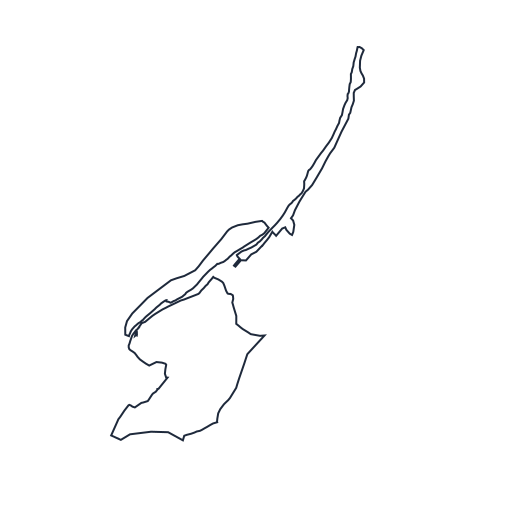 Kum Umbu, Aswan, Egypt (Natural Earth projection), rotated 36°
{"feature_id": "37247803B5042289926655", "entity_name": "Kum Umbu", "entity_type": "district", "adm_level": 2, "iso_a3": "EGY", "parent_name": "Egypt", "parent_adm1": "Aswan", "projection": "natural_earth1", "projection_center": [32.92, 24.62], "detail": "fine", "context": "isolated", "style": "outline", "palette": "slate", "viewbox_px": 512, "rotation_deg": 36, "n_neighbors": 0, "source": "geoboundaries", "source_scale": "gbopen_adm2", "svg_char_len": 5791}
<svg xmlns="http://www.w3.org/2000/svg" viewBox="0 0 512 512"><g transform="rotate(36 256 256)"><path d="M244.3,486.3L254.7,484.2L254.9,483.8L258.9,474.3L273.8,460.4L274.3,459.9L288.5,450.2L305.2,448.1L303.6,443.6L305.1,441.4L308.0,437.9L310.0,435.0L311.2,432.8L313.4,430.4L314.4,428.5L315.8,425.3L316.8,423.2L318.5,419.2L319.7,416.7L322.3,413.3L321.8,412.9L321.3,412.0L320.3,410.3L317.9,405.5L317.2,401.5L317.1,401.0L317.2,394.9L317.4,393.5L318.1,389.6L318.2,389.3L318.4,386.3L317.7,377.0L317.5,374.3L316.3,371.0L316.1,370.4L314.2,364.6L311.3,355.1L309.8,350.2L306.8,340.9L306.7,340.4L308.7,323.0L309.6,315.3L306.2,318.2L297.7,322.3L294.6,322.4L288.1,322.9L285.3,322.8L282.9,322.6L279.9,322.5L277.7,319.4L275.6,316.5L275.2,316.0L272.0,313.6L267.9,310.5L265.8,308.8L264.2,307.6L262.8,304.1L260.9,301.9L260.2,301.4L258.1,301.6L257.8,301.6L256.7,302.4L255.3,303.0L255.0,303.0L253.5,302.3L252.1,301.6L249.7,299.9L248.3,298.9L248.1,298.8L247.7,298.5L245.7,297.3L245.4,297.1L244.1,296.9L243.9,296.8L243.3,296.8L239.3,297.1L234.7,298.2L233.8,298.0L233.7,298.0L233.6,300.8L233.4,302.8L233.2,305.2L233.4,307.4L232.8,309.7L232.6,312.7L232.0,316.0L232.0,319.1L231.7,320.5L229.8,323.5L225.4,330.3L223.3,333.6L221.3,336.2L219.0,340.5L216.4,345.3L214.6,348.6L213.5,350.9L211.8,354.1L208.5,362.1L207.4,365.2L206.2,369.8L205.0,374.5L203.0,377.5L203.1,383.0L203.3,382.9L203.3,383.6L202.9,385.8L202.9,386.8L203.4,386.8L204.2,387.4L205.0,388.5L205.9,389.6L206.2,390.3L205.7,390.3L205.3,390.6L205.2,391.2L205.1,391.6L204.9,391.1L204.7,390.4L204.4,389.4L203.8,388.7L203.3,388.0L202.6,387.6L202.6,388.7L202.5,390.9L202.7,393.7L203.5,396.2L204.2,398.6L205.1,401.1L205.6,403.2L206.7,404.7L208.2,405.8L209.7,406.0L212.4,405.8L214.9,405.8L217.7,406.6L219.4,407.2L222.8,407.9L226.5,407.9L230.3,407.8L233.9,407.4L234.0,407.4L237.8,400.3L242.5,397.6L246.1,396.4L247.3,396.8L249.2,400.8L251.5,404.8L254.7,407.1L255.9,406.4L255.2,420.7L254.4,421.6L254.8,422.0L254.7,424.7L253.5,427.8L253.4,429.1L253.4,429.5L253.7,435.2L253.7,437.0L250.8,440.9L249.6,442.2L247.0,449.7L244.6,450.5L242.6,450.5L241.0,450.9L240.6,451.8L240.4,458.4L240.7,465.9L240.6,469.0L241.0,470.7L244.3,486.3ZM241.2,224.2L240.4,224.0L240.0,224.3L235.5,228.7L230.2,234.8L226.5,238.3L223.2,241.8L219.9,247.0L218.6,250.5L218.2,253.1L218.0,262.8L216.9,275.1L216.4,282.6L215.8,290.6L215.7,298.0L215.2,303.3L209.7,314.3L204.8,320.8L201.5,325.6L197.6,338.3L192.9,353.7L191.5,363.3L189.7,375.2L189.9,384.5L192.2,390.7L194.5,393.8L196.5,396.5L199.7,395.7L200.3,395.5L200.0,394.9L199.7,393.5L199.3,391.6L199.0,390.6L198.9,388.9L198.9,387.5L199.1,385.7L199.2,384.3L199.6,383.0L199.9,381.5L200.4,379.4L201.2,377.7L201.5,376.3L201.7,375.1L201.9,374.8L202.1,374.3L202.2,372.8L202.5,370.4L202.9,368.6L203.4,366.7L204.0,364.4L204.8,360.8L205.4,358.2L205.4,357.8L205.7,356.1L206.8,352.1L207.1,350.1L208.2,346.9L208.8,345.4L209.1,344.8L209.5,344.4L209.8,345.1L210.2,345.4L211.0,345.1L211.8,344.6L212.4,344.4L213.3,344.2L214.2,344.1L214.9,343.1L215.9,340.8L216.9,339.4L217.7,337.3L220.2,332.4L220.7,330.3L221.2,328.5L221.1,326.9L221.5,325.5L222.1,324.0L223.2,321.6L224.0,319.3L225.0,313.7L225.1,311.2L225.4,306.1L225.5,303.8L226.2,298.9L226.5,296.8L227.0,294.2L227.6,292.4L228.3,289.8L228.9,287.9L229.3,285.1L229.8,284.9L230.5,284.1L231.6,282.1L233.1,280.0L233.8,278.0L234.2,276.4L234.7,275.0L235.1,271.8L235.6,270.2L235.9,268.4L236.2,266.9L236.6,265.4L237.5,263.5L239.1,259.7L240.3,257.0L240.8,255.4L241.6,253.4L243.6,248.4L245.4,244.3L246.3,242.1L247.1,239.4L247.5,237.2L248.6,235.1L249.3,232.8L249.5,227.9L249.6,225.7L246.8,225.1L243.2,224.0L241.2,224.2ZM215.4,27.2L215.7,28.0L216.9,30.6L217.8,33.1L219.3,36.2L220.1,38.8L220.7,40.4L221.2,41.9L222.3,43.8L223.1,45.2L223.6,46.8L224.0,48.2L224.8,49.7L225.5,51.2L225.8,53.0L227.3,55.0L228.7,56.9L229.4,58.0L230.4,59.6L230.8,61.9L232.0,64.1L233.4,66.5L234.6,68.4L235.1,70.2L235.0,71.1L236.0,72.8L237.4,74.4L237.8,75.4L238.2,76.3L238.4,79.3L238.9,81.9L240.0,85.8L241.4,88.7L242.7,91.5L242.9,94.8L243.9,97.3L245.0,99.6L245.4,102.8L246.2,106.6L246.5,108.9L247.2,112.0L248.0,116.0L248.1,117.9L248.3,121.5L248.2,126.0L248.3,131.3L248.1,134.7L248.1,143.0L248.4,145.3L248.5,145.9L248.7,147.8L248.9,150.0L248.9,152.2L248.8,154.1L248.3,155.3L248.3,156.6L249.4,159.5L250.0,161.1L250.5,163.1L250.9,165.8L251.0,167.2L251.5,167.9L252.5,169.1L253.2,170.1L253.4,170.4L255.1,173.1L255.7,175.7L256.0,178.3L255.5,180.4L255.4,181.7L254.8,183.8L254.6,186.0L254.2,187.8L253.6,189.7L253.7,191.1L253.6,192.4L253.0,194.4L252.8,196.0L253.0,198.5L253.4,201.5L253.7,203.9L253.9,207.4L253.9,211.8L253.7,215.0L253.6,216.7L253.2,220.2L252.7,223.3L252.3,226.2L252.0,228.2L251.9,229.0L251.7,231.8L251.6,234.6L251.3,235.9L251.0,237.3L250.9,239.5L250.8,239.9L250.5,242.0L250.2,242.7L249.8,243.9L249.7,244.1L249.6,246.6L248.3,249.5L247.3,251.8L245.7,254.5L244.3,257.1L243.0,258.6L241.6,261.0L240.3,265.3L239.9,266.5L240.0,266.6L241.4,267.3L242.3,267.5L244.4,267.9L244.3,268.2L244.3,268.7L243.8,275.4L243.8,276.7L245.6,276.7L246.3,268.3L250.5,265.5L251.2,257.5L253.8,252.4L254.9,244.1L255.1,244.1L255.2,240.3L255.5,236.5L255.6,232.9L255.2,229.0L255.0,226.8L255.6,227.0L260.1,227.7L260.4,227.8L261.0,219.2L261.0,218.5L262.8,215.6L265.2,217.0L270.2,218.1L272.8,217.8L272.0,214.6L268.7,208.3L265.2,205.5L262.1,204.9L262.1,201.4L260.6,196.1L259.2,186.8L258.9,183.3L258.3,174.9L259.1,171.8L259.7,165.6L259.0,157.3L258.0,147.1L258.0,146.7L256.6,138.7L255.9,133.0L255.6,129.4L255.7,122.4L254.3,115.8L252.1,105.1L250.0,90.6L248.1,87.0L248.1,84.8L245.8,79.5L245.1,76.4L243.9,72.8L241.2,69.3L239.2,66.6L238.5,63.5L239.3,61.7L241.0,57.4L241.5,52.1L239.2,49.0L236.4,47.2L234.0,46.2L231.7,44.9L229.3,42.6L225.4,36.8L223.5,32.0L222.3,26.8L222.1,26.1L219.2,25.7L218.4,25.9L218.0,25.9L216.8,26.1L216.4,26.5L215.4,27.2Z" fill="none" stroke="#1e293b" stroke-width="2"/></g></svg>